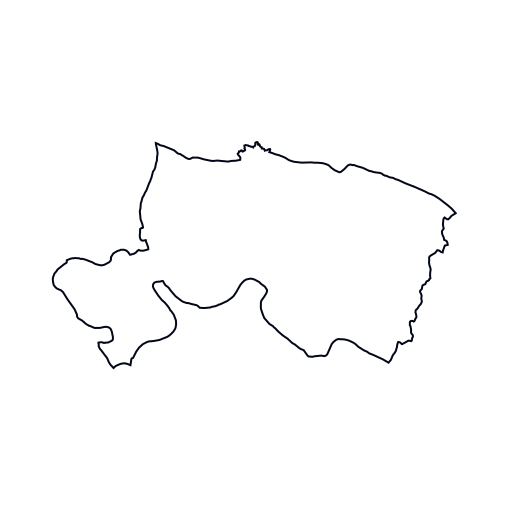 the district of Munshiganj, Dhaka, Bangladesh, rotated 169°
{"feature_id": "16705992B99884694518333", "entity_name": "Munshiganj", "entity_type": "district", "adm_level": 2, "iso_a3": "BGD", "parent_name": "Bangladesh", "parent_adm1": "Dhaka", "projection": "natural_earth1", "projection_center": [90.458, 23.527], "detail": "fine", "context": "isolated", "style": "outline", "palette": "ink", "viewbox_px": 512, "rotation_deg": 169, "n_neighbors": 0, "source": "geoboundaries", "source_scale": "gbopen_adm2", "svg_char_len": 6097}
<svg xmlns="http://www.w3.org/2000/svg" viewBox="0 0 512 512"><g transform="rotate(169 256 256)"><path d="M442.9,286.1L443.4,285.5L446.0,284.5L453.4,280.6L454.6,279.3L457.3,277.1L458.0,275.8L458.9,274.5L459.8,272.6L460.2,269.6L460.1,266.2L459.2,264.2L457.9,262.3L455.8,260.7L454.2,259.8L452.3,257.3L449.3,249.4L444.4,238.7L443.7,236.1L443.5,234.8L442.9,232.9L443.2,231.2L443.1,230.4L442.5,228.8L439.1,225.9L438.4,224.9L437.6,224.3L437.2,223.3L434.7,220.6L433.4,219.7L433.2,219.3L432.4,219.1L429.2,216.8L427.9,216.1L422.9,215.2L418.1,215.3L416.8,215.1L415.7,214.8L413.9,213.8L412.7,212.4L412.0,209.4L411.9,203.9L412.4,201.5L412.9,200.8L413.8,200.3L417.5,199.3L419.6,199.6L420.9,199.5L421.4,199.8L422.3,199.8L423.3,200.6L424.0,200.8L426.6,201.1L427.2,201.0L427.3,200.4L427.3,198.7L427.6,197.8L427.6,197.2L426.9,194.4L426.2,193.5L421.6,184.1L420.7,179.8L419.6,177.1L417.2,173.2L416.0,174.1L414.0,175.0L409.8,175.9L407.5,176.0L404.8,175.6L404.6,175.3L403.3,174.9L400.1,172.8L397.9,178.8L397.4,179.2L396.2,179.4L395.8,179.8L391.9,184.9L389.2,187.5L387.9,188.6L383.8,191.1L379.5,192.3L377.7,192.6L372.9,192.1L366.7,192.0L358.4,193.6L355.8,194.7L351.8,197.3L349.3,199.9L348.7,200.9L347.7,203.4L347.3,205.0L346.9,208.1L347.9,214.0L349.4,217.4L350.6,219.4L351.1,221.3L352.3,223.9L354.4,227.6L356.9,230.9L359.5,235.8L362.3,242.5L362.8,244.3L363.0,246.0L362.2,248.1L360.8,249.3L358.4,249.6L355.1,249.2L353.0,249.4L352.1,249.1L351.2,246.3L350.3,244.3L348.5,242.5L347.6,241.2L346.5,238.6L342.7,231.9L337.6,226.1L336.1,224.8L335.0,224.2L332.7,222.9L331.8,222.9L328.5,221.2L323.6,219.0L322.4,217.8L321.2,216.0L317.7,215.0L315.9,214.7L310.8,214.2L309.0,214.5L305.6,214.5L302.8,215.0L302.0,215.4L300.9,215.3L292.8,217.3L288.1,219.5L285.7,220.9L282.3,224.3L276.8,230.7L273.9,233.0L272.2,234.0L270.2,234.8L266.0,234.9L263.8,234.2L261.7,233.0L257.9,229.9L256.4,227.7L253.1,224.2L251.7,220.7L251.8,219.5L253.1,217.3L255.9,214.3L259.0,211.4L259.7,210.4L260.2,208.8L261.1,204.5L261.2,203.0L260.5,197.5L259.7,193.5L255.7,186.6L252.7,183.9L252.1,182.7L250.8,181.2L248.6,177.7L245.1,173.2L240.7,168.7L236.9,163.5L234.7,161.7L230.8,157.0L229.3,155.8L227.2,154.5L224.4,148.4L223.6,147.4L220.0,146.3L217.7,146.4L211.0,145.8L208.0,144.7L206.9,144.7L205.2,145.6L204.6,146.2L198.4,155.2L196.3,156.9L193.3,158.4L191.3,158.8L185.3,157.3L182.5,156.1L180.4,154.9L176.9,152.3L175.1,150.5L173.0,147.5L168.2,142.9L165.3,140.9L163.4,138.8L160.0,136.7L151.1,130.3L146.3,126.0L143.4,128.3L140.7,132.4L138.1,134.7L136.9,136.1L135.0,139.8L134.3,141.9L133.0,144.4L132.5,144.4L131.5,143.9L130.8,143.4L129.7,141.7L129.3,141.6L122.5,143.8L121.1,143.4L120.0,142.8L119.3,143.1L118.4,145.5L117.3,147.0L117.2,147.6L117.3,148.6L118.0,149.9L118.4,151.1L118.2,152.5L117.8,154.0L117.8,157.8L118.2,158.7L117.6,161.6L117.1,162.3L116.1,162.7L114.6,162.3L113.8,161.6L113.2,161.7L112.8,162.0L111.7,163.8L110.5,164.9L110.1,165.7L110.0,167.6L110.2,170.3L109.6,172.3L107.5,173.6L105.4,175.9L103.4,177.4L102.0,179.3L101.8,180.6L101.9,182.6L101.0,185.5L101.1,186.8L101.7,189.0L101.8,189.9L101.5,190.5L99.6,191.9L98.3,195.1L97.4,195.7L95.3,196.0L93.4,198.5L90.9,199.1L90.4,200.2L89.6,200.4L89.1,200.8L88.8,203.9L88.0,207.1L87.2,209.0L87.1,210.8L87.5,213.8L87.4,216.8L86.8,218.6L86.4,221.2L86.0,222.1L84.7,223.0L79.6,224.8L76.9,227.1L75.3,226.5L73.4,224.5L72.1,223.9L71.5,225.4L68.7,230.2L65.7,230.3L65.6,231.5L65.7,233.2L66.0,234.1L66.6,234.8L68.2,235.9L68.2,238.3L68.9,241.1L69.0,242.9L68.9,244.2L68.5,245.2L66.5,247.1L66.6,249.6L66.4,251.6L65.2,255.8L64.5,257.1L63.6,257.8L61.4,255.6L60.5,255.3L58.8,256.2L56.5,258.1L51.8,259.9L54.8,265.0L57.6,268.6L65.1,277.2L69.2,281.1L71.9,283.1L74.4,284.4L77.9,287.2L87.0,293.5L95.4,298.8L102.2,303.7L103.9,304.5L106.7,306.6L109.7,307.7L113.0,310.0L113.8,310.1L115.6,311.4L116.5,312.6L118.4,313.9L122.8,315.3L125.4,316.4L126.6,317.2L128.4,317.8L134.4,322.2L139.5,324.8L142.8,326.8L143.6,326.7L146.0,327.8L148.0,327.6L149.3,326.9L152.3,324.7L156.1,322.6L157.7,322.2L158.7,322.6L162.4,325.2L165.2,328.2L167.2,331.0L167.9,331.6L169.7,332.8L172.8,334.4L177.6,335.8L180.3,336.3L184.2,337.4L193.3,338.9L200.9,341.3L205.2,343.7L208.5,346.8L210.6,348.3L214.8,350.9L217.1,351.9L221.0,354.3L223.1,355.4L221.9,357.3L221.7,358.0L221.9,358.4L223.5,358.3L225.0,357.7L226.5,357.9L227.2,357.7L227.6,359.5L228.1,359.9L229.8,360.4L229.7,361.7L230.3,362.0L231.2,363.1L231.2,364.7L231.6,365.2L231.9,365.4L232.7,364.8L232.9,365.0L232.9,365.9L232.6,367.1L233.0,367.6L233.5,367.7L234.9,367.4L235.2,366.8L235.5,365.2L236.0,364.5L236.3,364.1L237.5,363.9L238.1,363.2L238.5,363.9L240.0,364.1L240.4,364.6L242.3,365.5L242.5,365.9L245.0,366.9L246.4,366.6L246.4,364.2L246.8,363.9L246.4,362.1L246.7,361.8L249.1,361.0L249.5,361.3L249.7,362.2L250.1,362.5L250.6,362.4L251.8,361.8L252.8,361.9L253.1,360.8L254.4,360.0L254.4,359.1L252.7,356.1L252.6,355.3L253.2,353.4L257.8,353.4L261.8,354.0L265.4,354.0L275.9,357.1L279.4,357.4L281.7,357.9L289.1,361.0L292.4,362.8L294.5,363.7L299.3,364.7L302.1,363.9L303.4,364.0L305.8,365.5L308.7,368.5L309.3,368.9L311.0,370.6L312.0,370.9L313.3,371.7L315.9,375.0L317.0,375.9L325.7,381.6L328.7,382.9L329.6,383.5L330.5,384.5L332.8,386.0L332.9,385.5L332.8,378.3L333.0,375.5L334.2,372.1L335.1,368.5L336.6,365.8L338.0,362.2L339.3,360.1L341.0,358.5L343.9,352.4L344.6,351.5L345.5,349.8L347.0,347.9L351.0,341.4L353.0,339.2L354.4,337.1L356.3,335.0L358.0,331.4L359.0,329.8L360.4,324.6L361.5,322.3L362.3,313.9L361.5,309.0L361.4,305.6L361.5,305.4L362.1,305.2L363.2,305.3L364.6,304.6L365.4,300.9L366.1,298.8L366.4,296.6L366.3,295.0L365.5,293.3L364.7,292.8L363.7,292.6L361.2,292.6L361.2,290.6L360.9,289.6L360.2,285.1L360.4,283.3L361.0,283.0L365.3,282.7L368.4,283.3L369.9,284.3L370.5,283.9L371.3,283.8L372.9,282.5L374.9,281.6L379.1,281.2L379.5,281.3L380.6,283.9L382.1,286.0L384.6,287.4L387.7,287.9L388.7,287.6L391.3,287.3L395.6,285.7L398.5,282.6L399.1,280.1L399.6,279.2L401.3,277.9L406.3,276.4L408.6,276.2L411.1,276.8L414.4,278.4L415.5,279.0L417.9,281.1L424.0,284.9L426.8,286.3L428.7,286.6L430.5,287.7L431.1,287.7L434.1,288.6L435.2,288.5L436.7,288.8L438.7,288.7L442.5,288.0L442.9,286.1Z" fill="none" stroke="#020617" stroke-width="2"/></g></svg>